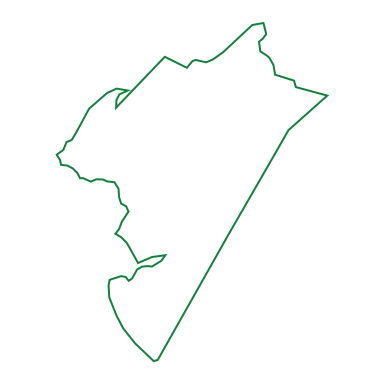 Três Cachoeiras, Rio Grande do Sul, Brazil
{"feature_id": "56859067B71322436842638", "entity_name": "Três Cachoeiras", "entity_type": "district", "adm_level": 2, "iso_a3": "BRA", "parent_name": "Brazil", "parent_adm1": "Rio Grande do Sul", "projection": "equal_earth", "projection_center": [-49.987, -29.489], "detail": "fine", "context": "isolated", "style": "outline", "palette": "green", "viewbox_px": 384, "rotation_deg": 0, "n_neighbors": 0, "source": "geoboundaries", "source_scale": "gbopen_adm2", "svg_char_len": 1056}
<svg xmlns="http://www.w3.org/2000/svg" viewBox="0 0 384 384"><path d="M327.3,95.6L295.9,87.1L294.0,80.6L275.1,74.7L273.5,65.2L269.5,57.9L266.5,55.3L260.3,51.4L259.0,41.7L262.8,38.7L266.2,34.1L265.1,29.4L263.4,23.0L252.3,25.0L229.0,46.7L223.2,52.1L213.2,59.3L206.2,62.3L195.7,60.0L192.5,61.0L186.9,67.8L164.8,56.8L119.2,104.4L116.1,107.7L116.5,99.8L119.4,94.4L127.8,90.5L116.6,88.6L107.1,93.0L89.1,108.7L76.7,131.6L71.7,140.0L66.5,142.1L63.4,149.8L56.7,154.7L60.1,160.1L61.1,164.9L67.2,165.5L72.6,168.3L77.4,173.0L80.0,178.2L83.3,178.2L90.8,181.6L96.3,179.3L103.0,179.5L107.1,181.4L114.4,182.2L118.5,188.6L119.1,197.3L121.2,203.7L126.1,206.2L128.5,211.6L121.8,221.8L119.2,228.9L115.4,233.8L121.3,237.3L126.8,242.9L138.1,263.0L152.0,257.0L165.3,255.2L161.5,260.7L151.9,266.5L147.1,266.1L141.8,266.7L137.1,269.5L132.1,278.5L128.7,280.8L125.8,277.1L121.3,276.1L109.7,279.8L108.6,285.5L109.3,297.4L116.5,315.6L123.3,328.5L135.1,343.4L153.6,361.0L157.7,360.0L228.4,234.7L275.1,153.6L288.5,130.1L327.3,95.6Z" fill="none" stroke="#15803d" stroke-width="2"/></svg>